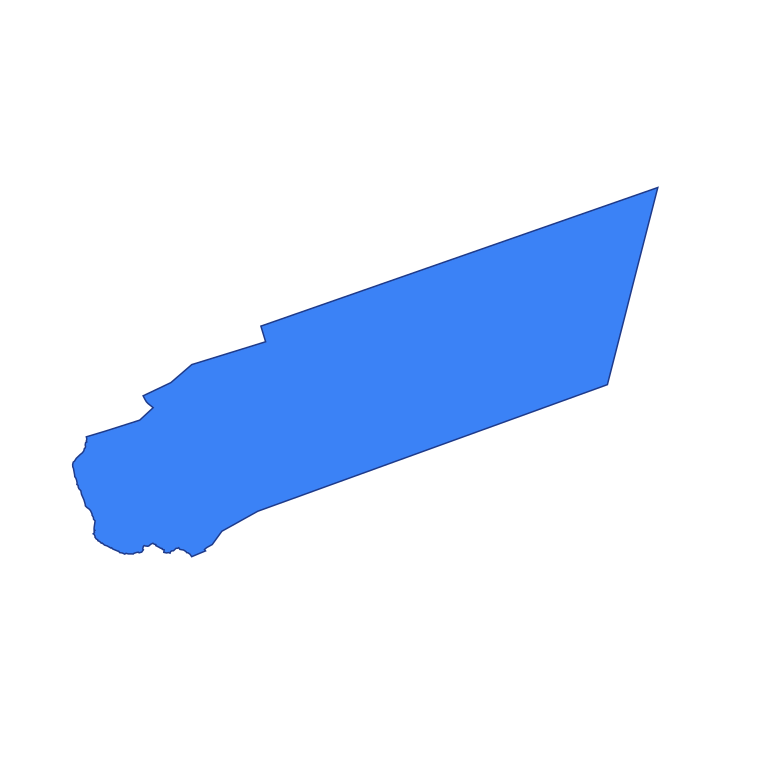 outline of Satuipaitea, Satupa'itea, Samoa, rotated 70°
{"feature_id": "51752279B75424084440116", "entity_name": "Satuipaitea", "entity_type": "district", "adm_level": 2, "iso_a3": "WSM", "parent_name": "Samoa", "parent_adm1": "Satupa'itea", "projection": "mercator", "projection_center": [-172.336, -13.708], "detail": "fine", "context": "isolated", "style": "filled", "palette": "blue", "viewbox_px": 768, "rotation_deg": 70, "n_neighbors": 0, "source": "geoboundaries", "source_scale": "gbopen_adm2", "svg_char_len": 1740}
<svg xmlns="http://www.w3.org/2000/svg" viewBox="0 0 768 768"><g transform="rotate(70 384 384)"><path d="M293.0,59.5L287.5,479.9L303.8,480.8L300.0,558.0L309.8,583.8L312.7,614.4L316.7,613.9L319.4,613.4L321.7,612.4L327.3,609.0L334.4,625.9L332.9,663.1L331.8,681.8L334.1,682.1L335.9,683.3L336.8,683.1L337.1,684.5L339.2,685.7L340.3,685.7L341.8,686.5L342.1,687.6L344.2,689.0L345.5,691.0L346.4,693.6L348.6,698.6L350.7,701.3L351.1,702.7L353.1,704.1L355.4,704.8L357.1,704.7L363.5,705.8L365.3,706.3L367.0,705.8L369.2,705.8L372.0,706.2L373.4,707.0L374.6,706.1L376.2,706.6L378.1,706.5L380.5,705.4L384.3,706.0L390.3,705.6L394.7,705.9L396.4,706.3L398.4,705.4L400.6,703.9L402.6,703.1L406.3,702.8L407.3,703.2L410.1,702.7L411.6,703.2L413.8,702.3L419.4,705.3L421.4,706.2L422.6,705.7L422.9,706.8L424.4,706.8L425.3,708.5L426.1,707.8L428.4,707.6L429.0,708.0L431.2,707.4L432.5,706.3L433.3,706.5L434.9,705.0L436.9,704.1L437.0,703.3L439.8,701.7L441.5,699.5L444.8,696.7L444.7,696.0L446.2,695.4L450.1,691.2L450.4,690.5L452.0,690.1L453.3,687.7L455.2,685.8L454.9,684.3L456.2,682.4L457.3,679.4L458.0,677.7L457.6,676.9L457.7,673.8L458.1,672.3L458.9,671.9L459.1,669.2L457.5,666.8L456.5,667.2L454.2,665.6L453.8,664.6L454.4,664.0L455.7,661.4L455.7,660.2L454.8,657.9L454.6,655.6L456.0,654.7L456.8,653.3L457.8,653.7L460.5,651.2L461.8,650.2L462.8,648.7L463.6,648.9L464.6,647.3L466.9,648.5L468.4,646.1L468.7,644.2L469.8,642.9L468.6,641.9L468.2,640.7L468.7,638.8L467.3,635.7L467.8,634.0L467.6,632.9L469.6,632.4L471.5,629.1L473.8,627.4L475.0,627.1L475.5,626.0L477.6,624.5L480.5,623.8L480.1,615.7L479.8,608.8L478.1,609.3L477.1,606.6L476.1,600.3L466.9,586.7L460.4,546.2L461.0,174.3L400.7,133.1L374.8,115.5L293.0,59.5Z" fill="#3b82f6" stroke="#1e3a8a" stroke-width="1.5"/></g></svg>